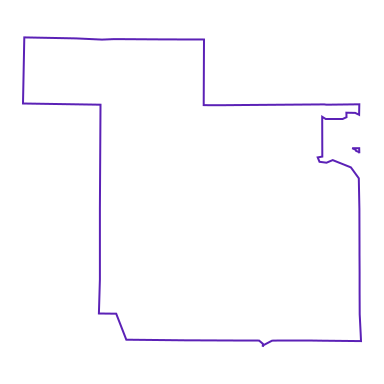 the district of Sandoval, New Mexico, United States of America
{"feature_id": "52423323B31850175994071", "entity_name": "Sandoval", "entity_type": "district", "adm_level": 2, "iso_a3": "USA", "parent_name": "United States of America", "parent_adm1": "New Mexico", "projection": "orthographic", "projection_center": [-106.623, 35.709], "detail": "fine", "context": "isolated", "style": "outline", "palette": "violet", "viewbox_px": 384, "rotation_deg": 0, "n_neighbors": 0, "source": "geoboundaries", "source_scale": "gbopen_adm2", "svg_char_len": 919}
<svg xmlns="http://www.w3.org/2000/svg" viewBox="0 0 384 384"><path d="M98.9,313.5L116.2,313.7L126.3,339.7L184.2,340.3L233.2,340.5L241.6,340.5L249.6,340.5L257.6,340.5L258.3,340.6L259.1,340.6L262.9,343.8L262.7,346.6L263.6,345.1L272.0,340.7L273.7,340.6L274.9,340.6L279.8,340.5L296.9,340.5L308.0,340.5L322.0,340.7L361.0,341.1L360.7,334.1L359.7,314.3L359.6,292.3L359.6,272.5L359.5,253.6L359.5,246.2L359.4,209.3L358.8,178.3L350.9,167.4L332.7,160.1L326.5,162.7L319.5,161.8L317.7,157.4L322.3,156.6L322.2,116.8L325.7,119.0L342.6,119.0L346.5,117.2L346.4,112.7L355.2,112.9L359.1,114.8L359.3,104.3L326.5,104.7L324.3,104.4L245.4,105.0L222.5,105.2L209.1,105.2L203.7,105.1L204.0,39.5L163.0,39.4L114.3,39.1L102.0,39.6L76.1,38.4L24.3,37.4L23.0,103.5L100.5,104.7L99.9,208.3L99.9,279.4L98.9,313.5ZM359.2,148.2L352.2,148.2L355.6,149.8L356.1,150.9L359.0,152.1L359.3,153.2L359.2,148.2Z" fill="none" stroke="#5b21b6" stroke-width="2"/></svg>